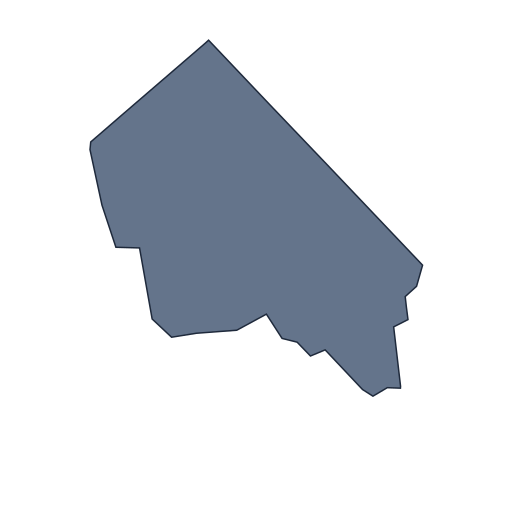 the district of Lackawanna, Pennsylvania, United States of America, rotated 319°
{"feature_id": "52423323B11679066299223", "entity_name": "Lackawanna", "entity_type": "district", "adm_level": 2, "iso_a3": "USA", "parent_name": "United States of America", "parent_adm1": "Pennsylvania", "projection": "orthographic", "projection_center": [-75.639, 41.402], "detail": "fine", "context": "isolated", "style": "filled", "palette": "slate", "viewbox_px": 512, "rotation_deg": 319, "n_neighbors": 0, "source": "geoboundaries", "source_scale": "gbopen_adm2", "svg_char_len": 538}
<svg xmlns="http://www.w3.org/2000/svg" viewBox="0 0 512 512"><g transform="rotate(319 256 256)"><path d="M136.3,235.4L139.0,261.9L160.2,275.1L192.8,299.4L225.7,306.7L221.6,335.3L230.5,348.0L231.5,367.2L246.6,372.2L248.8,426.7L252.3,438.5L268.7,441.5L278.3,450.5L279.6,449.2L313.4,399.8L329.0,403.7L336.2,392.9L342.0,384.5L357.3,384.2L375.7,372.2L369.7,236.7L365.6,149.3L361.8,62.0L357.7,62.1L247.1,61.6L206.1,61.5L200.5,66.8L173.1,116.6L156.0,157.5L173.4,173.5L136.3,235.4Z" fill="#64748b" stroke="#1e293b" stroke-width="1.5"/></g></svg>